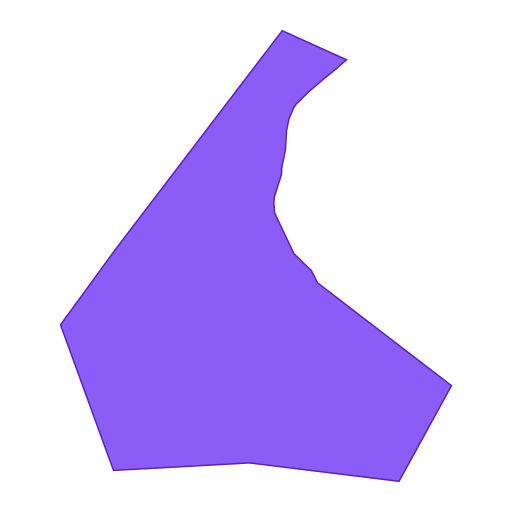 the district of Erdenebulgan, Arhangay, Mongolia
{"feature_id": "93677404B46470302769704", "entity_name": "Erdenebulgan", "entity_type": "district", "adm_level": 2, "iso_a3": "MNG", "parent_name": "Mongolia", "parent_adm1": "Arhangay", "projection": "albers", "projection_center": [101.475, 47.502], "detail": "fine", "context": "isolated", "style": "filled", "palette": "violet", "viewbox_px": 512, "rotation_deg": 0, "n_neighbors": 0, "source": "geoboundaries", "source_scale": "gbopen_adm2", "svg_char_len": 449}
<svg xmlns="http://www.w3.org/2000/svg" viewBox="0 0 512 512"><path d="M282.2,30.7L116.2,248.4L60.5,324.8L113.5,470.4L249.3,462.9L399.0,481.3L451.5,385.7L317.6,282.9L311.2,270.3L305.0,264.6L293.9,253.6L280.2,224.7L274.5,212.7L273.9,203.4L274.2,197.5L281.5,174.3L281.7,167.8L285.4,150.2L286.5,130.8L289.0,118.8L293.8,107.6L296.1,104.2L309.4,91.1L323.6,79.0L336.0,69.0L346.5,59.8L282.2,30.7Z" fill="#8b5cf6" stroke="#5b21b6" stroke-width="1.5"/></svg>